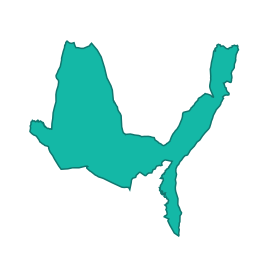 outline of Korogwe, Tanga, United Republic of Tanzania, rotated 9°
{"feature_id": "72390352B3133588656991", "entity_name": "Korogwe", "entity_type": "district", "adm_level": 2, "iso_a3": "TZA", "parent_name": "United Republic of Tanzania", "parent_adm1": "Tanga", "projection": "albers", "projection_center": [38.446, -4.931], "detail": "fine", "context": "isolated", "style": "filled", "palette": "teal", "viewbox_px": 256, "rotation_deg": 9, "n_neighbors": 0, "source": "geoboundaries", "source_scale": "gbopen_adm2", "svg_char_len": 5856}
<svg xmlns="http://www.w3.org/2000/svg" viewBox="0 0 256 256"><g transform="rotate(9 128 128)"><path d="M52.6,56.2L52.7,58.8L52.1,62.3L51.5,69.2L51.6,70.5L51.8,71.0L51.5,78.0L50.1,82.1L49.6,84.7L48.8,87.1L48.8,87.8L49.1,88.9L49.8,90.1L51.8,91.8L52.3,93.5L52.4,97.4L51.6,102.6L51.6,106.2L52.8,113.4L52.2,118.3L51.7,124.8L52.2,130.3L52.2,135.5L52.9,141.7L52.5,141.0L52.0,140.8L51.0,141.3L50.2,141.0L49.4,140.8L48.8,140.9L48.5,141.1L46.9,140.1L46.5,140.1L46.4,139.6L46.1,139.4L45.5,139.6L45.3,138.9L44.8,138.9L44.4,138.2L44.5,137.4L43.7,137.2L43.6,136.5L42.9,136.4L43.1,135.9L42.3,135.8L41.5,135.2L40.9,135.3L40.4,134.8L40.2,134.8L39.7,135.6L38.8,135.9L38.6,135.6L38.1,135.8L38.0,135.6L37.6,135.3L38.0,134.5L37.7,134.4L36.0,136.3L35.0,136.1L35.0,135.9L34.5,135.6L33.3,135.9L32.9,135.7L32.3,136.2L32.2,136.0L32.0,136.7L31.4,137.1L31.3,137.5L31.6,139.8L31.1,141.3L31.6,142.5L31.8,143.4L31.7,146.7L32.1,147.2L33.8,148.5L35.9,149.6L37.9,150.0L38.9,150.5L42.1,153.8L43.2,155.5L44.7,156.2L45.9,157.0L47.5,157.5L48.1,158.0L48.8,158.3L51.3,158.5L52.2,158.8L52.8,159.8L52.8,160.3L53.5,161.8L54.9,164.0L58.0,167.1L60.2,170.1L65.5,176.3L68.4,179.2L75.0,177.7L79.3,176.0L86.0,174.9L91.7,172.5L93.8,172.1L94.2,172.3L93.3,173.0L93.6,174.1L96.9,176.3L98.6,177.0L102.9,179.5L105.2,180.2L106.3,180.8L111.4,181.6L120.8,184.5L131.1,187.4L132.5,187.4L134.2,187.2L135.4,186.8L137.9,186.6L139.4,188.6L139.7,181.8L139.6,179.0L139.8,178.1L140.7,176.7L143.0,175.7L143.4,175.3L143.5,173.5L145.9,170.4L146.5,169.9L147.1,169.9L152.0,172.3L152.6,172.3L153.2,172.1L153.8,171.0L155.3,169.3L158.5,168.6L159.3,165.2L161.1,164.3L161.4,164.0L161.6,162.6L162.4,161.1L164.9,160.0L166.0,160.1L166.4,160.0L167.5,159.3L166.9,158.4L166.8,157.8L166.9,156.7L167.2,156.0L168.6,154.4L169.9,153.7L176.7,154.0L176.3,154.5L176.5,155.8L175.0,158.7L175.0,159.6L174.3,160.1L174.3,160.3L174.6,160.5L174.5,160.8L173.5,162.0L172.6,162.6L172.5,163.3L171.5,164.1L171.6,165.8L171.2,166.2L171.1,166.8L170.8,166.9L171.0,167.6L170.4,167.7L170.3,168.0L169.4,168.5L169.4,168.8L169.2,169.2L169.3,169.5L168.9,169.7L169.1,170.1L169.2,171.3L168.7,171.3L168.7,171.6L168.3,171.9L168.4,172.3L168.1,172.6L169.1,172.7L170.2,172.2L170.6,172.2L170.6,173.0L171.1,174.3L170.5,175.5L170.1,177.6L169.1,179.5L169.0,180.0L169.3,180.9L168.9,181.7L168.3,181.9L168.8,182.7L169.2,182.7L169.5,183.6L168.9,184.2L169.0,184.7L169.8,185.2L170.3,186.0L170.9,184.9L171.2,184.8L171.8,185.1L172.2,185.6L171.6,186.6L170.8,186.6L170.6,187.1L170.7,187.3L171.9,188.3L172.4,188.5L172.7,188.2L171.8,187.9L171.8,187.2L172.2,187.1L173.4,187.2L174.1,186.9L174.6,186.4L175.1,186.3L174.9,187.2L175.3,188.2L174.7,188.1L174.1,188.6L174.3,189.9L175.2,190.6L175.7,190.6L176.7,190.2L177.1,190.8L177.3,191.7L177.5,191.9L178.5,192.0L179.4,193.4L179.1,194.9L179.1,196.0L178.9,196.4L178.7,196.5L178.1,196.2L177.7,196.7L177.5,197.8L176.5,198.3L177.0,198.7L177.9,199.1L178.2,199.6L178.7,201.3L178.4,201.9L178.2,202.7L178.6,203.3L179.0,203.5L180.0,206.1L180.1,206.9L179.7,208.0L177.9,209.3L177.6,210.0L182.5,211.5L181.9,213.5L184.6,217.5L190.2,224.5L194.9,226.7L195.1,225.8L194.6,224.3L194.5,220.4L193.7,218.8L193.5,217.9L193.8,216.8L193.5,213.9L193.9,212.6L193.1,206.5L194.1,204.5L194.1,203.2L192.7,201.6L191.2,198.8L189.6,196.6L189.1,195.3L188.4,190.0L185.1,183.3L184.4,181.2L184.0,179.1L184.0,174.8L182.8,171.5L183.1,168.4L183.2,166.2L182.1,163.8L181.7,160.8L182.5,157.6L183.7,156.1L184.6,153.0L185.8,151.4L187.3,148.3L188.6,146.4L190.4,145.7L191.1,145.2L193.1,140.1L196.3,135.6L198.3,131.2L200.8,128.6L202.8,124.2L204.7,120.9L207.7,116.5L208.5,114.8L209.1,110.8L209.3,108.3L210.0,105.1L210.3,102.2L212.1,97.0L212.1,96.4L215.1,91.8L215.9,89.7L215.9,88.3L216.8,86.2L217.0,85.1L217.7,83.9L216.6,82.6L218.3,80.6L219.9,80.0L221.3,79.9L222.4,79.5L222.5,79.3L222.4,78.1L221.7,77.3L220.8,77.0L220.1,76.3L218.8,74.2L218.8,73.2L217.5,72.6L216.1,69.7L215.4,68.8L216.1,68.6L218.3,66.3L220.1,66.5L221.1,66.9L222.3,66.9L222.7,66.5L222.8,64.7L222.6,63.4L222.8,62.3L222.4,60.6L221.4,57.9L221.8,55.3L222.4,54.4L223.5,51.9L223.1,48.1L223.7,45.6L223.8,43.9L223.4,42.7L223.3,38.6L224.1,35.7L224.2,34.8L224.9,33.5L223.8,31.6L223.7,30.0L223.0,29.3L222.2,30.0L221.0,29.8L220.7,29.9L220.0,29.6L219.3,30.2L218.0,30.6L218.2,31.6L217.9,31.9L217.5,32.3L216.7,32.3L216.0,32.7L215.6,33.3L214.9,33.6L214.8,34.2L214.6,34.3L212.5,34.1L209.3,32.1L208.1,32.4L206.9,32.9L206.4,31.8L205.9,31.4L205.4,31.7L204.6,31.2L204.1,31.2L202.8,32.4L203.3,33.5L203.2,33.8L202.8,34.7L201.8,35.5L201.4,36.5L202.2,37.3L202.3,38.3L202.0,38.3L201.3,38.0L201.0,38.0L200.6,39.2L200.7,44.0L200.2,50.2L200.3,54.9L200.1,57.0L201.7,64.2L201.8,65.7L202.2,67.2L202.1,72.8L202.3,74.5L202.7,75.6L203.7,77.6L207.6,83.9L207.5,84.2L205.9,83.9L204.7,82.8L201.4,82.1L199.5,82.1L198.8,81.9L198.1,82.9L196.5,84.4L195.6,85.6L193.1,87.6L192.7,88.5L192.7,89.6L190.6,92.5L189.4,95.7L188.5,96.4L188.2,97.4L187.4,97.9L186.8,99.8L185.9,101.3L185.2,101.8L181.6,103.3L180.2,104.0L179.8,105.3L180.0,108.5L179.8,110.7L178.1,117.8L176.7,121.2L175.1,123.5L174.7,124.5L173.3,127.0L172.3,130.1L171.4,134.6L169.5,136.8L168.7,137.3L168.3,138.1L166.2,139.8L164.8,139.7L163.2,138.7L160.7,137.9L159.6,137.0L156.6,135.6L155.4,133.4L152.8,133.4L151.8,133.1L149.3,133.1L144.8,133.9L142.6,134.5L141.9,134.1L139.9,133.7L135.5,133.9L133.7,133.7L131.2,133.6L126.9,134.6L126.5,134.9L125.8,134.2L124.3,133.6L123.3,131.9L121.6,127.8L119.3,117.0L118.1,115.0L116.2,113.1L115.4,112.0L115.0,111.3L114.2,108.8L113.7,108.5L112.7,107.2L112.3,107.0L111.3,105.3L110.8,105.3L110.5,105.1L110.4,104.4L109.9,104.3L109.9,103.6L109.2,103.1L106.6,93.0L104.5,88.9L99.3,81.7L95.4,72.2L90.4,62.0L85.4,55.8L78.7,50.0L78.4,50.5L77.6,51.5L77.3,52.8L71.6,56.3L69.2,56.7L66.0,56.5L64.0,56.8L62.5,54.7L61.6,52.7L61.5,52.8L61.2,52.2L59.3,53.2L58.1,53.3L56.9,53.2L55.1,52.3L54.7,51.8L54.0,51.8L53.2,53.4L53.2,55.2L52.9,56.2L52.6,56.2Z" fill="#14b8a6" stroke="#0f766e" stroke-width="1.5"/></g></svg>